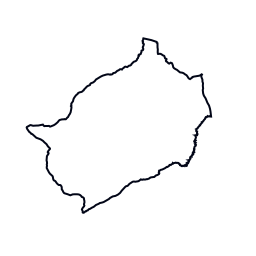 the district of Micfalau, Covasna, Romania, rotated 139°
{"feature_id": "2599482B86222480171428", "entity_name": "Micfalau", "entity_type": "district", "adm_level": 2, "iso_a3": "ROU", "parent_name": "Romania", "parent_adm1": "Covasna", "projection": "natural_earth1", "projection_center": [25.868, 46.051], "detail": "fine", "context": "isolated", "style": "outline", "palette": "ink", "viewbox_px": 256, "rotation_deg": 139, "n_neighbors": 0, "source": "geoboundaries", "source_scale": "gbopen_adm2", "svg_char_len": 5621}
<svg xmlns="http://www.w3.org/2000/svg" viewBox="0 0 256 256"><g transform="rotate(139 128 128)"><path d="M212.3,154.4L213.1,153.9L214.0,152.5L214.8,152.0L215.6,151.1L216.7,146.5L216.9,144.8L216.5,141.3L216.7,140.6L218.0,138.4L218.3,137.4L218.2,136.8L217.8,136.0L217.7,135.3L218.0,132.8L217.8,131.0L217.7,130.5L216.7,129.6L216.4,129.1L216.5,127.7L216.8,126.9L218.3,125.0L218.3,123.9L218.8,122.3L218.9,120.8L218.7,120.3L217.0,117.6L215.7,115.1L213.1,114.1L210.1,111.6L208.7,110.1L208.1,108.7L207.9,107.1L208.1,106.6L208.1,106.3L207.5,105.3L207.3,104.3L207.4,103.8L208.0,103.0L208.8,101.5L209.8,100.3L211.1,99.5L211.5,99.0L211.8,98.1L212.6,97.7L214.3,97.5L215.8,97.0L216.3,96.7L216.6,95.4L217.0,94.6L217.6,94.0L217.5,93.5L217.3,93.3L216.6,93.0L214.6,93.0L214.2,92.6L213.8,92.7L212.9,92.5L212.4,92.2L211.3,92.4L210.9,92.4L209.7,91.9L207.3,91.5L205.6,91.0L202.6,90.9L199.8,90.0L198.6,89.9L196.6,88.8L195.0,88.1L188.9,86.9L187.6,87.0L184.5,86.4L182.0,85.0L179.2,84.3L176.5,84.2L173.9,84.8L168.6,85.4L167.6,85.3L166.5,84.7L165.8,84.6L163.6,84.9L159.8,84.4L158.6,83.7L157.8,82.7L155.2,81.1L154.5,80.9L152.0,80.8L151.4,79.7L150.1,79.1L150.0,78.8L148.5,77.6L147.4,77.1L147.0,76.7L145.2,76.0L144.1,76.0L143.1,75.7L140.2,73.8L138.2,73.9L136.5,73.2L134.9,72.9L134.4,73.1L134.3,73.4L134.0,73.5L134.0,74.2L133.8,74.4L132.8,75.0L132.7,75.3L132.3,75.4L131.9,75.0L130.7,74.9L129.4,74.2L126.5,73.4L124.3,73.2L124.0,72.8L123.7,72.7L121.7,72.5L121.0,72.8L120.8,72.5L120.3,72.5L119.8,72.0L119.5,72.1L118.0,71.8L117.2,72.2L117.1,71.5L116.6,71.5L115.8,71.1L115.4,70.8L114.9,70.7L114.4,69.9L114.1,69.8L113.0,68.7L113.1,67.8L112.7,67.6L112.7,66.6L113.0,66.1L112.7,66.0L112.8,65.6L112.6,65.1L112.7,64.7L112.6,64.2L112.2,64.0L112.3,63.9L112.2,63.7L111.7,63.6L111.6,63.4L111.8,63.3L111.4,63.3L110.9,62.9L110.7,62.9L110.8,62.7L110.7,62.5L110.2,62.7L109.8,62.6L109.7,62.4L109.3,62.4L109.3,61.8L109.0,61.5L109.1,61.2L108.5,60.9L108.2,61.0L107.6,62.0L107.2,62.0L107.2,62.3L106.0,62.0L105.9,62.5L105.6,62.7L105.7,62.9L104.4,62.6L104.2,62.9L103.8,62.9L103.6,63.3L103.2,63.5L103.4,64.0L102.6,63.5L102.3,63.5L102.0,63.8L100.9,63.9L100.7,64.2L100.7,64.7L100.3,65.1L99.4,64.9L99.3,65.2L99.1,65.2L98.8,64.8L98.7,65.0L98.5,64.9L98.2,65.1L97.5,65.2L97.4,65.5L97.0,65.7L96.5,65.6L96.3,65.3L96.0,65.3L95.8,65.5L95.8,66.4L95.6,66.7L95.0,67.0L94.7,66.9L94.5,66.3L93.8,66.3L93.8,67.1L93.7,67.4L93.1,67.6L92.9,67.9L92.5,67.9L92.3,68.4L91.7,68.5L91.7,69.1L91.0,69.4L90.8,69.7L90.0,70.2L89.0,70.3L88.7,70.2L88.5,70.4L88.3,70.4L87.9,70.6L88.1,71.4L87.7,71.5L87.7,71.9L87.4,72.3L86.8,72.4L87.0,72.7L86.8,73.0L87.0,73.2L86.7,73.3L86.8,73.6L86.7,74.6L85.8,74.8L85.3,74.4L85.0,74.3L84.9,75.2L83.0,76.2L82.7,76.7L82.5,77.4L81.5,77.7L81.7,78.1L81.1,77.7L80.7,77.9L80.4,77.3L79.5,77.8L79.5,78.6L79.1,78.9L79.0,79.2L78.8,79.4L78.6,79.8L78.2,80.0L78.5,80.5L78.5,81.1L77.1,82.0L77.2,82.4L75.6,82.1L75.3,82.4L74.3,82.6L73.1,82.6L72.4,83.0L71.8,82.7L71.5,83.1L70.9,83.2L70.2,83.2L69.3,83.5L68.7,83.4L68.4,84.0L67.8,83.7L67.3,83.7L66.5,84.0L66.2,83.9L65.5,84.2L64.0,84.3L63.4,84.8L62.8,84.8L62.1,85.2L61.9,85.1L61.7,84.6L61.4,84.5L60.7,84.5L60.1,84.8L59.7,83.9L58.9,83.6L58.8,83.1L57.8,82.1L54.8,86.5L53.4,88.9L52.1,91.8L51.5,95.0L50.0,99.4L49.5,102.7L48.6,104.8L46.6,107.7L45.5,108.4L43.8,110.8L42.0,112.6L41.4,114.1L40.1,115.7L39.2,118.2L38.6,119.2L37.1,119.8L37.2,120.2L38.9,120.4L39.9,120.7L44.6,123.6L45.7,124.1L45.8,123.9L49.1,124.2L49.5,125.1L49.6,126.3L49.3,127.8L49.2,129.5L49.8,131.3L50.1,132.9L50.8,134.2L52.2,135.8L52.4,136.6L52.9,139.8L53.5,141.2L54.0,142.9L54.0,144.1L53.0,146.0L52.3,148.0L52.9,149.3L54.7,149.6L55.0,150.5L55.2,152.7L55.5,153.3L55.3,153.9L53.7,154.7L53.7,155.0L54.3,156.1L54.3,156.3L53.4,158.4L53.4,158.8L54.1,160.2L54.2,161.0L54.7,162.5L55.5,163.3L56.7,164.1L56.8,164.3L55.8,165.8L53.9,167.8L52.9,169.4L50.5,172.2L50.1,172.7L50.4,173.5L49.9,174.2L52.7,179.0L57.6,185.6L57.8,185.5L58.1,185.0L58.6,184.7L59.9,184.2L60.0,183.4L60.5,183.2L60.7,182.5L61.1,182.2L60.9,181.6L61.0,181.0L61.2,180.7L61.7,180.6L62.2,180.0L63.5,179.5L63.7,179.2L64.2,178.9L64.5,177.8L65.1,177.2L65.8,177.0L66.8,177.5L67.1,177.5L68.2,176.4L69.0,176.1L69.6,175.6L70.2,175.5L71.5,176.2L72.2,176.1L72.5,175.9L72.5,175.2L73.9,174.8L74.6,174.2L75.9,174.1L76.5,173.6L77.6,173.4L78.5,173.5L79.9,174.1L81.2,174.2L82.1,174.0L83.0,174.1L84.1,173.6L85.3,173.7L86.2,174.3L88.6,174.5L89.8,176.1L90.6,176.3L91.9,176.2L93.5,176.4L94.2,176.1L95.1,177.3L95.5,177.6L97.2,177.7L98.6,178.2L101.3,178.1L102.9,179.0L103.5,179.1L104.4,178.8L105.9,179.5L106.0,179.9L106.7,180.2L107.2,181.0L108.2,181.9L109.4,182.6L112.7,184.1L115.0,184.7L120.4,185.6L122.1,185.2L124.2,185.2L126.8,186.1L127.6,186.0L128.1,185.6L128.6,185.4L131.1,186.2L132.4,186.2L134.0,186.0L135.8,185.9L136.7,185.5L137.2,185.7L138.4,185.5L139.6,185.8L141.0,186.6L142.6,187.1L143.4,186.8L146.0,186.8L148.5,186.2L149.7,185.8L151.0,185.0L151.9,184.3L154.8,183.6L155.5,182.8L155.7,182.3L156.7,182.0L156.8,181.0L158.2,179.7L161.0,177.5L163.1,176.6L163.9,176.5L166.1,175.6L166.8,175.7L169.1,175.4L169.9,175.9L170.1,176.4L170.9,176.8L172.3,177.9L174.4,178.9L175.3,178.9L177.3,178.5L180.2,178.5L182.2,178.8L185.6,180.0L186.0,180.3L186.2,181.3L188.9,183.6L189.9,184.3L190.1,185.1L190.0,186.4L194.2,188.8L195.1,189.6L198.2,192.0L199.5,194.0L199.9,194.3L203.7,195.1L204.2,194.8L204.7,193.5L205.1,189.8L204.8,188.8L204.8,187.3L204.7,187.3L204.2,185.9L203.6,180.8L201.4,176.8L200.6,174.1L200.5,172.1L200.1,169.3L200.5,166.6L200.3,163.8L200.6,163.4L203.0,163.0L204.4,162.5L204.6,162.1L204.4,161.1L204.5,161.0L205.5,160.5L207.0,160.2L207.7,159.9L210.5,157.2L210.9,156.7L211.4,155.6L212.3,154.4Z" fill="none" stroke="#020617" stroke-width="2"/></g></svg>